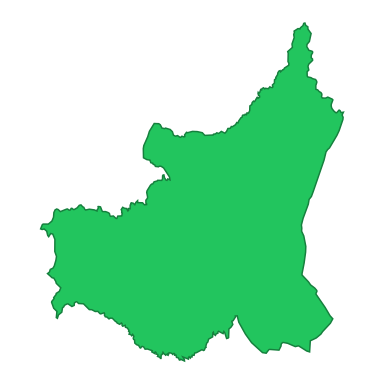 outline of Siakago, Eastern, Kenya
{"feature_id": "3690345B46140582355746", "entity_name": "Siakago", "entity_type": "district", "adm_level": 2, "iso_a3": "KEN", "parent_name": "Kenya", "parent_adm1": "Eastern", "projection": "equal_earth", "projection_center": [37.759, -0.504], "detail": "fine", "context": "isolated", "style": "filled", "palette": "green", "viewbox_px": 384, "rotation_deg": 0, "n_neighbors": 0, "source": "geoboundaries", "source_scale": "gbopen_adm2", "svg_char_len": 5954}
<svg xmlns="http://www.w3.org/2000/svg" viewBox="0 0 384 384"><path d="M309.6,351.9L310.3,340.8L316.2,338.0L320.9,334.1L322.6,331.6L330.4,323.2L332.8,318.8L330.0,315.7L325.1,307.4L316.0,294.2L316.1,293.1L316.9,291.5L316.8,290.5L314.8,288.1L310.6,284.9L308.5,281.9L302.1,275.1L302.0,273.9L304.1,263.1L305.6,252.1L305.8,246.4L303.8,236.0L301.6,231.2L301.8,228.1L301.4,225.0L303.1,218.3L308.3,204.2L309.1,199.4L311.4,196.5L313.2,191.6L324.0,160.2L326.0,152.0L327.6,149.6L329.5,147.9L336.9,135.4L339.1,130.7L342.9,119.5L343.1,117.3L342.1,115.0L343.4,112.2L341.1,112.6L340.0,110.6L339.1,110.1L336.7,112.7L335.8,112.7L333.8,111.0L331.8,108.3L331.2,106.0L331.3,104.2L332.9,99.9L332.2,99.1L327.8,97.1L325.6,98.1L322.3,98.0L321.5,96.7L321.9,94.8L321.7,93.7L320.9,92.5L319.2,91.6L317.7,89.9L315.9,89.3L315.8,85.6L316.8,82.4L316.7,81.3L315.6,79.5L312.7,78.7L310.9,77.6L307.9,77.0L307.2,76.0L307.1,71.8L308.8,70.0L308.0,66.6L308.3,65.3L308.9,64.0L312.6,60.4L312.5,59.0L311.2,57.7L311.2,56.6L311.4,54.9L312.6,52.8L312.6,51.8L312.0,51.2L308.9,50.3L306.8,46.6L307.0,44.4L309.4,41.5L311.1,33.5L308.0,29.2L307.8,26.7L305.8,25.5L304.9,23.0L303.7,23.4L303.0,25.6L300.4,27.8L300.0,28.9L298.0,28.6L294.1,31.1L294.4,32.5L293.7,34.5L294.2,37.6L292.0,44.0L292.4,47.4L287.7,51.6L288.2,53.1L288.0,61.6L288.9,63.4L288.7,65.3L284.5,68.0L283.6,69.6L282.8,69.7L280.6,71.8L280.1,70.6L278.9,71.1L277.9,72.7L277.5,74.8L275.8,77.4L275.9,78.6L274.5,79.8L274.4,83.1L272.4,85.0L272.9,86.8L272.5,87.5L270.7,87.4L269.9,86.8L268.3,88.7L265.4,88.3L264.8,88.9L263.5,87.8L262.0,88.6L261.6,89.9L260.7,89.5L259.7,92.5L258.9,93.3L258.2,92.4L258.0,93.3L258.5,95.3L259.4,95.5L259.7,97.0L258.4,98.1L257.7,97.3L256.9,97.5L257.0,98.4L256.2,98.8L255.1,100.8L254.3,101.6L253.5,101.1L252.2,102.5L251.7,104.6L249.9,105.9L249.7,110.7L248.5,113.1L247.0,112.9L246.5,114.7L245.2,114.2L244.6,115.1L243.0,115.0L242.4,115.6L242.2,117.0L240.9,117.8L238.7,121.0L238.0,122.9L236.8,122.5L235.5,124.7L232.5,126.7L231.3,126.5L230.3,128.3L227.9,128.5L226.6,131.3L224.9,133.2L221.3,131.4L219.3,133.1L218.4,133.4L216.8,132.8L215.5,133.9L213.5,134.2L213.1,135.0L204.8,135.4L202.3,132.7L197.3,131.6L192.5,131.4L187.6,132.7L186.5,132.3L184.6,134.9L184.8,136.6L183.8,136.9L181.9,136.2L180.6,137.3L179.8,137.2L177.6,135.6L175.5,136.2L173.5,135.2L172.4,131.7L170.2,129.5L165.6,128.1L164.6,128.6L162.0,128.1L160.3,124.8L158.8,123.7L154.2,123.5L149.4,131.3L147.7,136.8L143.8,145.6L143.3,148.6L143.5,157.8L146.8,159.6L149.9,160.1L150.8,162.7L152.8,163.3L153.1,164.2L154.8,165.0L155.4,166.4L158.5,166.8L159.3,166.2L160.9,166.2L163.6,167.9L169.5,177.0L170.0,179.9L167.8,178.9L167.0,180.4L166.1,180.2L164.5,177.8L163.9,174.9L163.1,175.0L162.6,175.8L162.5,179.0L161.7,180.4L157.7,180.3L157.1,181.0L154.1,181.8L152.8,183.9L151.6,184.1L150.4,185.3L147.1,190.7L146.7,192.4L147.6,197.1L147.4,198.3L145.9,200.2L145.9,203.2L146.6,203.8L146.6,204.6L144.4,204.8L142.6,202.8L137.7,202.6L137.6,200.7L135.8,202.5L134.8,204.7L133.2,203.2L131.3,202.8L130.8,203.3L130.8,204.6L130.2,205.0L130.1,208.7L128.4,208.5L128.1,209.5L128.5,210.4L127.9,210.9L126.5,208.5L124.6,208.3L122.7,207.3L121.2,209.6L121.8,210.9L121.7,212.8L122.3,213.2L121.7,215.9L117.8,216.1L116.8,218.5L115.8,218.3L113.4,216.0L110.6,216.3L110.0,215.8L109.4,213.4L108.0,212.5L105.5,211.6L102.8,211.6L102.1,211.0L100.5,206.9L98.8,206.5L98.1,206.6L98.3,208.3L97.2,209.7L97.0,211.0L94.3,209.9L89.3,209.2L85.7,210.0L84.8,209.4L83.8,207.3L82.7,206.8L81.0,204.9L79.3,205.3L77.2,207.8L74.3,209.5L73.4,209.5L71.9,208.3L71.2,208.4L70.2,210.0L69.2,210.2L67.5,209.0L66.6,209.1L60.4,211.6L58.1,209.5L56.7,209.0L55.1,209.9L53.9,212.5L53.5,217.3L51.9,221.1L48.3,224.1L43.1,224.1L42.3,224.7L40.6,228.9L42.1,229.5L44.2,229.0L46.7,231.2L47.7,235.4L48.7,236.7L50.7,233.5L52.8,234.1L54.9,239.4L54.8,251.5L56.5,256.4L55.9,260.3L54.2,266.1L52.9,268.2L50.3,269.4L49.4,272.1L47.5,273.6L52.2,277.8L53.8,278.1L55.7,281.3L56.3,283.4L60.8,287.8L59.3,291.4L56.2,293.4L56.1,294.5L53.7,297.6L54.1,298.5L51.8,301.4L51.6,302.3L53.7,308.2L56.9,311.4L56.3,317.6L57.4,318.3L58.5,314.9L61.8,312.2L62.5,307.8L63.7,306.9L64.5,305.3L66.5,304.2L67.9,303.8L71.9,306.5L74.2,305.4L74.4,302.9L76.0,301.8L76.7,301.7L78.6,303.5L83.5,303.8L89.3,309.6L91.8,309.7L95.2,311.5L97.9,311.4L99.9,313.6L100.8,313.9L104.1,312.8L104.6,313.9L104.4,315.1L105.3,316.8L106.8,317.0L109.0,318.9L110.3,318.1L112.3,318.2L115.4,321.4L116.6,322.0L117.0,322.9L119.0,324.0L119.7,324.3L121.4,323.0L122.0,323.5L122.1,325.5L122.7,326.2L125.2,325.3L125.5,327.3L127.3,327.9L128.9,330.3L128.6,331.3L129.6,332.1L129.1,334.3L130.5,334.4L131.8,335.8L132.7,334.4L133.6,335.8L133.9,336.6L133.2,338.1L133.6,339.4L134.5,339.8L134.8,343.1L136.6,344.7L138.6,345.4L140.0,347.8L140.7,348.0L141.6,346.6L142.2,346.4L143.7,347.0L145.1,349.2L147.4,349.0L152.3,350.7L151.8,351.9L154.5,353.4L154.6,352.4L155.5,352.0L156.1,352.5L156.1,354.1L157.7,354.4L158.0,355.3L157.5,356.4L160.1,357.4L160.4,358.4L161.0,358.4L161.2,355.1L162.1,354.5L163.0,352.3L164.3,354.3L165.0,354.3L165.6,355.2L167.5,353.9L167.4,354.9L168.1,355.3L169.2,352.8L170.3,352.9L172.0,353.5L172.6,354.4L174.0,353.4L174.6,353.9L174.6,355.2L176.0,355.1L176.5,357.4L178.4,357.9L179.3,359.9L179.9,360.1L180.7,359.3L184.5,361.0L184.4,359.6L182.8,356.9L188.4,359.1L188.5,357.5L189.1,356.7L190.3,358.1L191.3,356.6L192.0,356.9L192.3,355.2L194.1,355.3L194.7,353.0L196.4,352.7L201.9,349.7L203.6,350.5L204.4,350.0L205.2,347.9L206.1,347.3L205.8,346.3L206.7,343.1L207.8,342.1L208.6,339.1L212.6,336.9L212.9,332.7L213.4,332.2L213.7,334.0L215.4,335.4L216.3,333.7L217.8,333.3L217.9,332.0L218.6,331.3L223.1,333.6L223.9,331.5L224.8,332.9L226.6,338.5L227.9,338.2L228.6,337.6L228.9,329.0L231.0,327.2L232.8,324.5L231.8,321.3L233.1,320.7L235.5,316.9L235.3,316.0L237.2,315.8L238.8,322.2L245.5,334.2L251.6,342.7L262.5,352.6L266.2,353.2L268.8,349.7L269.6,349.4L279.0,350.1L281.0,346.1L281.2,344.0L282.5,342.6L283.5,342.5L287.7,343.3L295.3,346.6L298.5,345.8L306.7,351.0L309.6,351.9Z" fill="#22c55e" stroke="#15803d" stroke-width="1.5"/></svg>